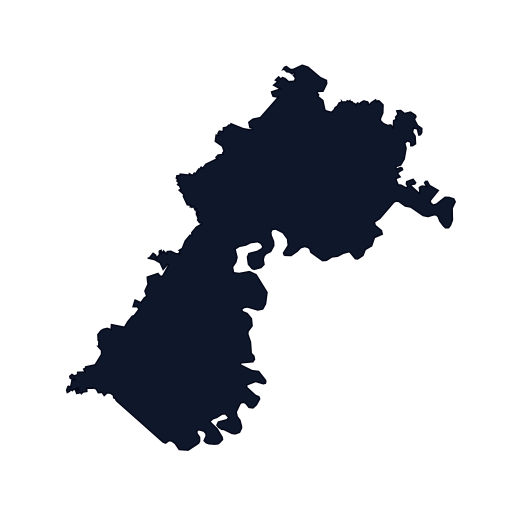 the district of Platón Sánchez, Veracruz, Mexico, rotated 83°
{"feature_id": "50627088B47850104568837", "entity_name": "Platón Sánchez", "entity_type": "district", "adm_level": 2, "iso_a3": "MEX", "parent_name": "Mexico", "parent_adm1": "Veracruz", "projection": "robinson", "projection_center": [-98.391, 21.297], "detail": "fine", "context": "isolated", "style": "filled", "palette": "ink", "viewbox_px": 512, "rotation_deg": 83, "n_neighbors": 0, "source": "geoboundaries", "source_scale": "gbopen_adm2", "svg_char_len": 6073}
<svg xmlns="http://www.w3.org/2000/svg" viewBox="0 0 512 512"><g transform="rotate(83 256 256)"><path d="M369.9,444.1L369.8,440.4L366.6,440.2L367.4,433.9L366.9,433.3L368.8,430.6L372.5,429.2L372.6,425.3L376.0,423.7L373.7,420.6L374.4,417.2L376.8,414.5L379.4,414.5L380.3,413.0L382.6,412.2L429.4,370.9L430.7,368.6L428.7,365.0L429.2,362.4L432.2,359.1L438.7,355.8L440.4,347.0L434.8,335.8L432.7,334.5L429.1,334.1L425.3,336.1L422.9,336.3L421.3,334.2L423.5,329.0L426.2,327.3L428.5,327.3L433.0,330.0L435.2,328.3L436.6,325.6L437.7,320.0L437.8,316.6L437.0,315.1L434.1,311.6L431.8,311.7L422.8,315.7L414.8,322.1L412.3,318.7L411.4,314.4L408.8,309.1L408.9,305.7L413.0,302.7L415.0,304.8L416.2,313.5L419.1,315.4L421.3,314.1L423.9,311.1L424.2,309.1L429.2,301.4L430.0,298.3L429.0,293.9L425.0,291.3L422.9,291.2L417.1,292.0L413.1,294.3L408.4,294.7L400.9,290.0L399.8,288.5L399.8,285.8L401.1,284.0L405.4,281.4L406.4,277.5L403.8,273.8L398.3,269.8L396.1,270.3L394.3,273.5L385.3,281.2L382.8,281.0L380.5,271.6L383.7,264.3L383.4,262.2L381.9,261.6L380.5,261.7L370.9,267.5L369.3,274.0L362.4,284.4L361.1,284.7L360.2,283.7L360.6,272.0L358.4,270.1L355.1,270.3L352.0,272.6L340.7,272.0L332.6,273.7L329.8,273.1L324.9,268.4L317.6,268.2L312.0,271.8L309.4,276.4L306.9,276.6L305.6,273.7L305.6,270.5L309.8,260.8L309.4,255.8L304.7,252.4L293.5,249.5L274.6,258.2L270.7,264.4L271.3,274.9L269.9,280.3L264.0,280.7L259.5,276.7L255.0,275.0L246.5,276.0L244.4,271.4L243.9,264.9L242.1,259.9L242.0,252.6L244.1,249.5L247.6,248.0L249.5,249.3L251.6,254.1L252.7,262.7L256.0,264.6L263.3,264.5L268.0,261.4L269.0,259.5L268.1,252.5L265.4,249.1L260.4,249.3L256.9,247.9L254.9,245.6L253.3,240.9L247.9,237.1L243.7,236.8L237.5,238.5L234.1,238.4L231.7,236.8L231.6,233.2L236.1,226.4L242.9,222.6L249.5,222.7L256.3,228.3L258.4,227.9L258.9,227.0L259.8,221.1L256.3,214.5L253.2,210.6L252.5,206.3L254.0,203.1L255.6,201.6L259.0,201.1L268.7,190.5L268.9,186.7L266.1,180.7L266.2,175.1L263.9,169.1L263.1,163.4L263.5,162.3L270.8,157.7L271.3,155.4L268.5,149.8L262.9,146.8L260.0,140.0L252.1,136.2L249.7,128.0L246.1,128.4L240.2,134.0L236.7,134.4L233.9,128.6L219.4,112.7L218.6,110.4L219.2,107.6L224.6,101.8L226.3,96.4L236.2,85.2L237.8,80.5L236.8,74.5L237.2,72.1L239.3,70.3L243.4,69.4L248.6,66.5L251.1,64.5L251.4,61.4L249.1,59.2L244.3,56.7L232.5,55.5L226.5,51.7L223.5,52.7L221.4,57.2L220.8,61.2L226.5,70.5L227.1,74.0L224.3,76.4L221.9,76.1L213.2,67.1L207.1,75.2L202.8,76.9L202.6,78.4L203.8,79.7L207.9,78.2L206.8,82.8L207.9,85.5L212.0,85.5L213.5,86.6L205.3,93.7L204.1,93.2L203.9,89.7L202.7,88.6L199.0,90.7L200.6,97.3L202.8,98.0L205.3,96.7L206.8,98.6L203.3,103.5L202.8,106.2L197.5,107.7L196.1,107.4L195.0,103.3L191.9,105.2L190.4,104.9L188.2,100.0L186.6,100.3L185.8,101.7L187.0,106.1L185.2,106.4L184.2,105.7L183.3,101.3L177.8,97.1L167.3,93.9L162.1,94.7L160.1,91.6L162.1,88.5L165.4,88.9L165.6,87.2L164.1,84.0L156.4,83.5L152.2,85.6L148.2,84.1L149.4,80.4L155.8,79.6L155.7,78.1L153.8,76.5L149.6,75.9L146.2,79.7L140.5,81.9L139.1,81.9L137.5,80.3L135.8,80.6L132.0,85.0L132.7,91.2L129.2,94.6L129.1,98.6L132.6,97.8L135.2,100.5L137.6,100.3L138.4,102.9L145.7,104.1L142.3,106.3L142.5,109.4L140.1,113.4L137.2,115.8L135.0,115.9L129.4,112.7L121.5,111.5L117.2,114.8L116.7,116.0L117.8,117.4L115.6,118.2L117.7,122.6L118.5,122.1L118.1,122.8L119.5,125.3L118.8,126.5L117.6,125.9L116.6,126.6L115.2,130.2L116.6,133.5L117.8,134.1L116.5,136.7L118.5,138.5L116.8,139.4L115.6,141.8L114.7,141.8L114.1,144.1L113.3,143.9L113.8,145.2L113.1,146.5L114.4,148.4L113.7,149.8L114.3,151.1L112.9,152.1L113.7,152.1L114.2,154.8L117.2,157.0L118.4,159.4L120.6,160.8L122.6,163.6L120.5,168.8L119.3,169.9L109.8,170.7L105.3,175.1L103.6,174.2L101.2,175.7L100.2,174.7L100.6,169.4L93.4,164.8L90.3,164.7L86.7,170.5L74.9,181.4L72.3,186.8L75.4,196.5L75.0,199.3L71.6,202.8L72.2,204.8L74.2,206.5L74.0,205.3L76.9,203.0L77.5,200.4L79.7,198.0L78.3,195.9L80.2,195.3L81.3,196.8L84.2,195.0L87.2,196.6L86.9,202.5L83.4,205.5L82.1,208.0L83.5,209.8L81.0,211.7L83.8,215.3L85.5,212.9L88.6,217.7L93.2,211.3L95.0,220.5L95.8,220.5L99.5,219.6L101.1,214.5L119.2,234.8L119.8,242.4L122.4,246.8L127.4,246.4L128.1,246.1L128.1,244.2L130.1,244.2L130.3,245.9L128.1,253.2L121.7,264.7L123.0,265.1L122.7,266.9L124.6,269.4L124.8,272.7L128.6,273.4L127.6,277.2L129.7,278.8L131.7,278.3L131.1,280.8L137.2,282.4L142.9,276.0L148.2,274.9L149.4,276.3L151.1,276.5L151.2,281.3L153.2,283.7L154.8,282.7L158.8,294.6L162.4,298.0L161.1,299.6L163.2,301.5L162.7,302.2L167.1,306.1L166.2,307.2L168.4,309.2L166.2,312.1L167.6,312.4L165.5,321.2L166.8,321.5L166.7,324.7L169.2,325.6L170.3,324.2L171.9,325.3L174.0,323.5L175.6,325.1L177.1,323.3L180.6,322.3L181.3,324.2L186.0,320.2L188.0,320.8L196.7,318.0L197.7,314.9L199.2,315.2L199.1,314.0L199.9,313.7L199.1,312.0L203.1,310.7L201.8,309.7L202.5,308.7L205.1,309.6L205.6,308.0L206.3,309.9L207.3,310.0L206.9,308.9L208.7,308.0L208.6,309.6L212.0,308.9L213.1,309.6L216.0,308.0L216.6,306.4L217.9,306.4L220.1,311.7L225.0,316.9L227.6,316.9L227.3,318.9L232.3,324.3L239.6,328.3L241.0,331.5L241.6,330.5L243.3,331.8L244.6,331.4L244.0,335.1L240.9,340.0L240.8,343.6L243.2,344.5L239.8,347.2L241.1,347.7L240.8,348.5L241.7,349.3L238.8,349.5L239.4,351.4L241.5,351.6L241.9,350.7L245.9,355.0L242.8,355.6L240.8,357.8L245.1,362.2L244.8,363.8L247.3,357.0L251.1,351.9L258.0,349.8L253.5,344.9L254.5,343.8L264.8,351.3L264.3,353.7L261.4,355.4L263.7,366.5L269.3,366.7L271.0,365.8L271.0,366.7L277.2,370.5L282.7,369.3L283.9,371.9L288.3,375.9L285.0,381.4L291.3,384.2L291.9,379.8L294.7,378.7L300.2,384.0L300.8,386.3L305.5,391.2L310.7,395.2L306.5,407.8L311.5,408.8L309.7,412.4L310.1,416.3L311.2,418.9L314.7,422.5L320.4,422.9L320.5,422.2L326.5,423.1L326.4,423.9L330.7,420.8L334.8,421.3L344.4,428.9L345.3,438.6L346.8,439.1L347.2,440.8L350.4,439.8L349.7,447.2L352.1,447.6L352.9,451.0L351.1,453.1L352.7,455.5L354.6,455.3L355.6,453.8L355.8,451.0L357.2,450.8L356.4,452.1L356.6,453.7L363.4,455.9L362.4,458.1L363.0,458.8L366.2,460.3L368.5,459.9L367.4,457.3L365.8,456.7L367.2,454.6L366.3,454.1L366.7,449.8L365.3,450.0L365.3,448.8L367.3,448.1L368.0,451.3L370.6,450.7L370.2,446.7L371.4,446.1L369.9,444.1Z" fill="#0f172a" stroke="#020617" stroke-width="1.5"/></g></svg>